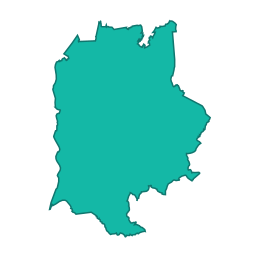 the district of Tlalpujahua, Michoacán, Mexico, rotated 177°
{"feature_id": "50627088B72545798273155", "entity_name": "Tlalpujahua", "entity_type": "district", "adm_level": 2, "iso_a3": "MEX", "parent_name": "Mexico", "parent_adm1": "Michoacán", "projection": "natural_earth1", "projection_center": [-100.216, 19.784], "detail": "fine", "context": "isolated", "style": "filled", "palette": "teal", "viewbox_px": 256, "rotation_deg": 177, "n_neighbors": 0, "source": "geoboundaries", "source_scale": "gbopen_adm2", "svg_char_len": 5783}
<svg xmlns="http://www.w3.org/2000/svg" viewBox="0 0 256 256"><g transform="rotate(177 128 128)"><path d="M210.6,50.8L210.0,50.9L208.7,53.8L208.3,54.0L208.7,55.8L207.8,55.7L206.9,54.6L203.8,56.1L200.4,58.2L197.2,59.3L194.8,59.2L193.2,58.4L189.9,53.9L189.2,52.6L189.0,51.0L189.3,50.6L188.0,50.0L188.0,48.7L187.7,48.3L188.3,47.8L187.3,46.7L185.9,46.4L184.5,44.7L169.1,45.8L163.8,41.8L163.6,41.1L163.8,41.0L163.3,40.8L163.4,39.6L162.2,38.7L161.7,39.1L161.6,38.4L160.7,37.9L160.5,37.5L160.7,36.6L160.4,36.0L158.9,35.3L158.9,34.3L158.6,33.9L157.2,33.6L156.8,33.3L156.2,32.1L156.2,30.5L155.4,29.5L155.2,28.2L154.6,26.5L153.1,25.1L152.1,23.6L151.0,22.6L149.6,23.0L146.4,23.1L145.1,23.7L144.5,22.0L143.7,21.6L142.5,22.0L141.3,23.5L140.8,23.6L140.1,23.1L138.8,22.9L138.1,21.8L137.1,21.4L136.6,19.7L136.3,19.5L135.8,19.7L135.0,20.9L134.0,20.7L132.0,20.6L131.6,21.8L131.0,21.6L130.3,20.9L129.5,20.4L129.1,21.0L128.5,21.1L127.3,21.2L126.5,21.0L125.9,21.7L124.3,22.5L123.5,21.9L123.0,21.9L122.1,22.8L119.4,23.6L116.8,24.0L116.2,23.8L116.5,25.5L116.9,26.0L119.0,27.9L120.1,28.2L121.4,29.3L121.7,29.8L122.3,30.0L123.3,30.7L123.7,30.6L124.7,31.4L126.6,31.1L125.6,32.7L125.1,33.0L124.9,33.4L125.1,33.7L125.9,33.3L127.6,33.4L128.9,32.9L130.2,33.2L130.4,33.8L131.1,34.3L131.5,35.6L131.9,36.1L132.0,36.8L131.7,38.0L132.3,39.0L133.1,39.2L133.8,40.0L133.9,42.5L132.5,43.9L132.1,44.7L131.3,45.3L130.9,46.2L130.9,48.2L131.2,49.7L131.5,50.1L131.1,50.8L131.3,53.5L132.0,54.8L132.8,55.2L132.3,56.0L130.9,60.0L129.2,62.6L129.1,63.3L127.4,62.3L126.7,61.3L125.4,61.1L124.6,60.5L122.7,56.8L122.9,54.7L122.0,57.2L121.0,57.4L121.0,58.0L120.0,61.0L118.4,62.3L117.9,63.6L116.8,63.4L115.9,63.8L115.3,63.6L114.3,63.9L113.5,63.7L112.2,64.2L111.0,65.2L110.6,66.0L110.1,67.6L110.6,69.1L110.2,69.3L109.6,68.9L108.1,69.5L107.8,69.2L108.1,68.3L107.8,67.8L106.4,66.9L104.1,66.4L102.6,65.3L102.3,65.3L102.2,64.5L101.4,63.2L99.2,61.9L97.4,61.3L97.5,60.4L96.2,59.8L94.1,59.5L93.9,63.3L92.7,65.4L91.8,68.1L90.7,70.1L87.3,71.8L85.7,73.3L84.7,73.7L82.8,73.0L79.5,73.3L79.4,73.6L80.0,74.0L80.1,74.4L79.4,75.6L76.8,77.1L73.3,77.9L72.5,77.6L71.1,75.2L69.9,74.1L66.9,71.9L66.4,72.7L65.6,73.0L65.4,73.8L58.9,78.8L58.8,79.3L59.5,80.0L63.8,80.0L65.6,80.3L66.5,79.9L67.1,81.9L67.8,83.1L68.3,83.2L69.5,82.9L69.9,82.9L70.1,83.3L70.2,85.1L69.4,87.0L68.7,87.5L68.4,88.3L68.5,89.3L68.9,91.0L70.1,93.3L69.8,94.4L69.8,95.1L71.0,97.6L70.9,99.5L69.7,99.3L67.0,99.6L65.2,100.0L62.8,101.0L61.7,102.0L61.0,104.0L58.5,107.3L56.1,109.0L57.5,110.6L59.4,111.8L59.8,112.4L60.0,112.9L59.7,113.8L57.8,115.4L57.2,115.6L57.4,115.9L58.2,115.7L58.3,116.0L56.6,116.4L56.8,117.6L56.3,117.4L56.0,117.6L55.1,119.7L53.4,120.6L52.8,121.2L52.6,122.5L52.2,121.9L51.3,122.5L50.6,126.2L50.3,126.7L49.8,127.0L49.0,129.3L47.4,129.9L46.9,130.4L47.3,130.8L46.1,132.4L45.4,134.1L49.6,138.0L50.2,141.7L52.2,145.4L52.8,146.2L71.7,157.4L70.6,158.8L70.0,160.1L70.8,160.5L71.3,161.0L71.1,162.2L71.6,162.5L72.8,162.1L74.1,163.1L74.2,164.0L75.5,167.6L76.3,167.9L76.5,168.5L77.3,168.4L77.9,167.9L78.0,168.3L80.0,166.8L80.9,167.6L81.7,170.7L82.3,172.0L82.7,174.4L81.9,177.4L81.5,177.8L80.7,177.8L79.0,183.8L78.8,185.2L78.2,186.8L77.8,194.0L78.6,221.6L74.9,221.7L74.9,222.7L75.3,224.0L75.0,226.7L74.4,228.7L75.5,230.2L77.9,232.2L79.3,232.6L80.5,232.4L80.7,232.8L81.1,232.4L80.9,232.1L81.3,231.5L82.4,230.3L82.9,230.2L83.2,229.7L85.0,229.6L85.6,228.0L88.5,227.6L90.7,227.9L90.8,226.8L93.5,226.2L94.7,227.1L96.6,223.9L98.2,222.1L95.8,222.2L96.8,220.0L97.9,218.5L98.6,216.8L99.2,217.8L100.3,218.6L100.7,218.6L101.0,217.7L102.0,217.3L102.0,216.4L101.4,216.4L102.1,216.1L101.7,214.5L102.6,213.9L103.0,213.4L103.1,212.7L102.9,212.9L103.0,211.9L102.2,211.6L102.0,209.6L105.1,207.8L107.1,207.2L106.7,209.7L107.7,210.7L108.0,210.9L109.0,208.6L109.4,208.9L109.7,208.4L109.6,207.9L109.8,207.8L111.6,208.9L112.7,210.0L112.8,210.7L113.9,211.4L113.7,211.5L113.6,212.3L112.8,213.3L113.2,213.4L110.8,214.0L113.6,214.3L112.3,216.2L112.0,215.5L111.6,215.3L111.5,215.7L110.9,215.3L110.4,215.9L110.2,215.2L110.0,215.3L109.7,215.5L110.0,216.5L108.9,217.1L108.5,218.1L109.0,218.4L108.4,219.0L107.9,218.9L107.6,219.7L108.6,219.6L108.2,222.1L109.9,222.2L108.6,223.8L109.0,228.4L110.0,230.1L112.6,229.7L113.4,230.1L119.0,229.4L118.6,229.4L118.6,229.0L119.3,228.5L119.0,228.2L119.7,228.6L120.2,228.4L120.2,228.1L121.6,227.9L121.5,227.7L122.4,227.3L122.2,226.8L122.6,226.4L123.1,226.6L123.0,226.9L123.5,227.0L124.5,227.9L124.2,228.6L124.4,228.6L136.8,227.1L138.8,229.5L141.6,229.7L142.1,230.2L142.4,230.0L143.6,230.3L144.0,230.7L144.3,232.0L144.5,231.5L144.6,230.1L144.8,230.3L148.6,230.5L149.4,230.8L149.5,234.0L149.9,235.5L149.5,236.5L150.0,236.0L150.7,234.6L150.9,235.0L151.2,234.8L151.5,235.1L151.8,233.2L155.1,221.2L155.4,221.0L155.1,219.5L156.0,216.7L172.3,216.9L172.8,216.7L173.0,217.5L172.0,218.5L172.0,218.9L173.6,223.2L179.1,216.0L188.1,205.4L184.7,203.0L184.1,202.9L183.5,200.7L183.7,200.3L185.1,200.0L185.4,198.9L186.1,198.7L187.4,200.9L187.8,200.9L187.9,201.3L188.4,201.0L188.9,201.0L190.0,200.3L190.2,199.7L190.8,199.2L190.7,198.8L192.0,198.6L192.7,197.9L193.2,198.1L193.3,198.9L194.2,198.1L195.9,197.6L197.1,195.1L197.7,192.4L196.9,184.8L197.0,180.5L198.3,176.8L200.2,174.1L200.5,171.5L201.0,170.9L200.9,169.8L198.9,161.4L199.5,157.3L199.4,152.4L199.5,152.4L197.8,150.5L196.5,149.9L195.0,149.7L194.7,149.3L195.9,146.2L196.7,146.3L198.3,145.6L199.1,143.9L198.7,141.2L198.1,138.9L198.0,138.2L198.4,137.4L198.1,136.7L198.2,134.6L198.9,134.0L199.1,130.2L199.5,129.0L200.5,129.0L202.6,123.6L202.4,122.4L201.2,119.6L197.7,112.5L197.2,110.3L197.7,108.8L198.8,107.6L199.5,107.7L201.5,103.4L201.5,101.1L201.1,99.6L200.5,98.2L198.3,94.4L197.5,91.7L197.9,89.4L200.6,85.3L201.0,84.1L199.8,81.8L200.0,78.1L201.8,71.8L203.1,70.6L208.7,57.6L210.6,50.8Z" fill="#14b8a6" stroke="#0f766e" stroke-width="1.5"/></g></svg>